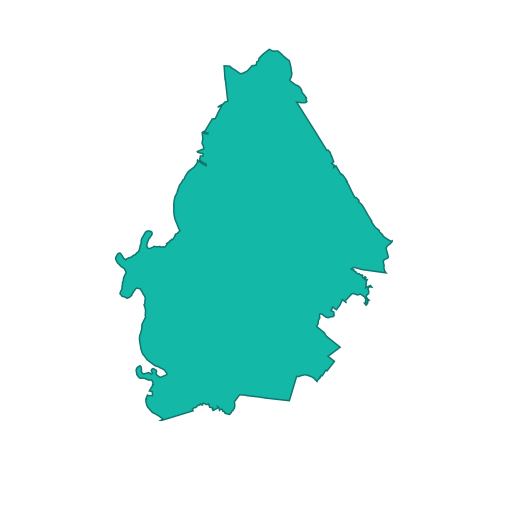 outline of Carlos A. Carrillo, Veracruz, Mexico, rotated 29°
{"feature_id": "50627088B62074843364155", "entity_name": "Carlos A. Carrillo", "entity_type": "district", "adm_level": 2, "iso_a3": "MEX", "parent_name": "Mexico", "parent_adm1": "Veracruz", "projection": "albers", "projection_center": [-95.723, 18.328], "detail": "fine", "context": "isolated", "style": "filled", "palette": "teal", "viewbox_px": 512, "rotation_deg": 29, "n_neighbors": 0, "source": "geoboundaries", "source_scale": "gbopen_adm2", "svg_char_len": 6100}
<svg xmlns="http://www.w3.org/2000/svg" viewBox="0 0 512 512"><g transform="rotate(29 256 256)"><path d="M171.1,68.7L167.4,68.8L164.2,76.4L162.8,81.7L163.7,84.0L162.6,85.8L163.6,88.9L160.3,91.5L158.7,98.4L155.7,102.8L153.8,104.1L152.7,104.1L148.1,103.5L144.2,103.4L141.0,102.7L135.9,105.1L141.3,113.5L143.1,116.2L143.2,115.9L156.3,134.4L154.2,136.4L153.2,140.1L152.9,140.0L151.5,142.0L150.6,143.8L150.8,144.0L152.7,141.4L153.2,141.6L153.3,148.4L153.8,155.7L151.3,157.3L150.8,171.0L149.5,173.2L154.4,171.7L154.7,172.7L149.3,174.4L152.6,179.1L153.9,183.0L154.3,183.7L157.0,185.7L158.4,187.5L154.0,193.1L154.5,193.5L156.0,193.3L160.2,192.1L161.1,194.3L158.9,195.5L160.1,199.4L162.2,199.7L168.0,200.0L168.7,201.2L165.4,201.4L159.8,200.9L158.4,200.5L158.9,201.8L159.1,202.0L159.4,202.9L159.3,204.8L158.8,208.3L156.3,213.8L155.8,215.5L155.5,219.7L155.8,224.0L155.2,225.0L155.3,227.6L154.8,231.1L155.8,237.5L156.2,237.6L156.4,239.9L156.4,243.0L156.8,244.9L157.7,247.6L159.2,251.0L163.1,257.8L165.3,260.8L167.7,263.4L176.0,270.1L177.3,270.9L176.1,274.5L175.1,275.9L175.1,276.9L175.5,277.2L175.3,278.3L175.4,280.9L174.8,282.3L174.0,282.5L174.4,283.1L173.4,284.4L173.1,285.3L173.2,286.3L172.4,287.3L172.5,287.7L171.8,288.4L172.4,288.7L172.5,289.4L172.0,292.3L171.5,292.9L170.9,292.8L170.2,293.0L168.1,294.7L167.3,294.2L166.6,294.9L164.7,296.1L162.6,296.8L161.9,297.4L162.0,297.8L159.3,301.2L157.9,301.5L157.1,301.4L155.9,300.4L155.1,299.2L154.7,297.8L153.9,293.3L154.3,291.7L154.6,287.9L154.2,286.5L153.1,285.5L152.6,285.4L150.6,285.8L149.4,286.4L148.4,287.5L147.8,288.5L147.6,295.9L148.0,298.0L149.3,300.4L149.8,303.6L150.4,304.8L151.2,308.9L149.9,311.6L150.0,313.1L148.7,314.5L147.4,317.6L146.0,318.8L144.2,321.3L144.1,322.5L141.3,322.2L139.7,321.1L137.3,319.9L135.6,319.3L134.6,320.1L134.0,321.4L134.1,325.3L134.6,326.6L137.4,328.7L139.0,329.4L141.2,329.9L142.1,330.4L145.1,330.8L146.1,330.7L147.1,330.8L147.6,331.5L148.8,332.0L150.5,333.4L150.5,336.5L150.7,337.4L150.6,338.8L152.1,342.4L152.0,344.0L152.7,344.8L153.4,347.2L154.6,349.3L154.9,353.4L155.2,354.7L155.6,355.1L157.0,355.5L158.2,356.2L161.6,355.3L163.5,355.6L165.4,353.5L166.4,350.5L166.1,349.6L166.4,345.2L166.8,342.4L167.2,341.9L170.8,340.8L171.8,341.6L173.5,342.4L175.8,344.0L177.5,344.8L179.2,346.1L179.8,346.8L180.4,348.7L181.8,351.5L181.7,353.0L183.9,354.9L185.8,357.2L188.1,362.0L189.0,362.7L189.4,371.0L191.6,375.6L191.9,377.3L192.4,378.9L192.9,382.1L193.6,383.7L194.5,385.5L200.4,393.1L203.1,395.6L204.7,396.8L206.6,397.4L211.0,399.5L220.5,400.9L224.2,400.2L226.4,400.3L227.7,400.1L231.0,400.1L235.0,401.9L235.4,402.9L234.8,404.1L231.1,408.6L226.8,408.2L225.5,407.3L225.1,405.3L224.4,404.4L221.1,404.2L220.5,404.3L219.8,405.6L219.8,406.8L221.1,408.0L222.0,408.2L222.6,408.8L221.7,410.2L219.8,409.8L218.6,410.0L215.7,413.0L214.1,413.9L211.5,412.5L211.3,411.4L210.2,409.8L209.0,408.5L207.8,408.2L206.6,410.0L206.1,411.8L206.4,413.8L209.3,417.5L212.9,419.1L213.9,419.0L217.4,417.1L222.3,416.6L224.7,415.1L227.1,416.4L227.7,417.4L227.9,418.6L228.4,418.5L228.1,425.7L231.1,425.0L233.2,428.2L229.8,430.2L228.5,430.2L228.8,433.0L229.6,434.0L229.0,434.3L229.7,435.8L230.7,437.1L232.6,439.3L234.7,440.7L240.6,442.9L242.8,443.1L243.2,442.9L248.2,443.0L253.8,443.7L252.4,445.9L253.1,445.6L276.0,421.9L274.7,421.3L274.7,420.9L275.2,419.0L276.8,417.7L277.8,414.3L279.0,413.7L279.0,412.3L281.1,412.6L281.5,412.0L281.0,410.6L281.4,410.1L284.9,409.9L286.4,408.4L288.7,410.7L291.8,409.9L292.3,410.1L292.2,411.2L293.5,411.9L295.9,408.1L296.2,407.0L295.5,406.3L296.9,406.5L298.9,408.7L299.3,407.3L300.5,406.5L302.3,407.9L302.9,407.5L303.8,407.6L304.7,408.4L305.6,408.5L309.7,407.4L310.2,405.5L310.1,403.9L310.6,402.7L310.9,400.2L310.5,398.2L309.2,395.8L307.8,394.2L308.9,385.4L314.0,382.9L315.8,382.5L327.1,377.8L333.5,375.5L355.3,366.4L349.9,341.5L351.9,340.8L352.7,339.5L356.3,336.2L358.6,335.4L363.1,334.7L365.5,334.7L370.2,336.2L370.1,334.5L371.1,331.4L370.6,331.3L371.1,328.7L371.8,328.9L372.2,327.2L372.4,322.0L373.8,322.1L375.7,310.1L367.6,308.8L373.8,295.0L356.3,292.0L353.0,290.0L343.2,288.3L343.1,285.0L341.8,282.0L341.7,281.0L341.9,279.7L341.5,278.6L340.4,277.5L340.0,275.9L340.8,275.2L341.8,274.9L346.8,275.6L349.1,275.0L350.9,272.9L352.7,271.8L353.2,270.3L351.3,267.3L350.1,267.2L348.3,267.5L347.8,267.0L348.2,265.9L347.8,264.6L347.7,263.5L352.3,264.1L353.2,258.3L352.7,252.2L357.2,253.0L357.2,252.7L355.6,252.5L358.1,242.9L359.0,241.7L363.6,240.9L365.9,238.7L370.4,239.1L372.8,240.5L373.8,242.6L375.0,243.4L373.6,244.6L376.1,245.7L376.6,243.5L376.0,241.8L375.2,240.8L375.9,240.5L376.4,239.8L375.4,239.6L374.5,239.8L373.9,239.0L372.3,238.8L372.0,237.5L371.9,236.0L372.7,234.5L371.7,232.1L369.9,230.6L369.8,228.9L370.4,227.8L372.3,227.1L370.4,226.3L368.5,228.7L367.2,230.6L366.5,228.4L364.8,224.5L364.7,222.8L363.6,223.8L362.4,223.8L362.8,221.7L361.4,221.3L361.0,223.1L359.5,223.0L359.1,221.7L357.8,221.1L357.4,222.0L354.6,221.5L353.4,222.1L352.2,222.2L350.9,221.4L348.6,221.6L348.1,220.6L345.7,221.4L346.1,220.1L346.5,219.4L347.3,218.6L348.4,218.0L355.2,216.5L378.0,207.7L376.0,206.8L373.7,204.6L372.6,202.1L370.9,200.3L369.7,198.4L369.8,197.9L370.5,196.2L372.2,194.0L372.2,192.6L366.2,186.4L366.0,185.8L365.9,184.1L366.5,182.2L367.5,179.9L368.1,177.2L367.7,176.7L367.2,177.6L365.8,177.7L359.9,177.4L358.0,177.0L355.4,175.7L353.3,175.4L352.2,174.9L351.2,174.2L351.3,173.9L350.9,173.8L347.0,173.2L345.5,172.7L340.4,170.1L340.4,169.4L334.8,166.4L326.7,161.4L323.6,159.8L319.5,158.8L319.1,157.4L315.2,156.3L314.3,157.0L313.9,156.8L308.7,153.4L303.6,149.7L299.1,146.8L299.4,146.6L298.2,145.8L295.6,144.5L292.9,143.2L291.7,143.2L290.9,142.9L290.7,143.4L282.2,138.4L281.2,140.8L280.4,138.7L277.3,138.4L278.3,135.9L273.1,131.5L272.7,131.5L270.6,129.4L267.5,128.4L266.9,129.4L250.0,119.9L216.9,101.7L221.3,100.0L224.5,98.2L225.5,97.1L225.7,96.3L223.3,94.3L223.6,93.4L220.7,92.0L217.3,90.8L215.2,88.6L213.3,87.5L211.0,86.8L209.6,86.8L209.0,87.1L206.5,87.0L200.8,86.2L200.2,85.6L200.0,81.9L198.8,78.8L197.9,77.9L194.9,73.8L190.4,69.0L188.5,68.9L183.4,67.9L179.0,66.7L175.7,66.1L171.1,68.7Z" fill="#14b8a6" stroke="#0f766e" stroke-width="1.5"/></g></svg>